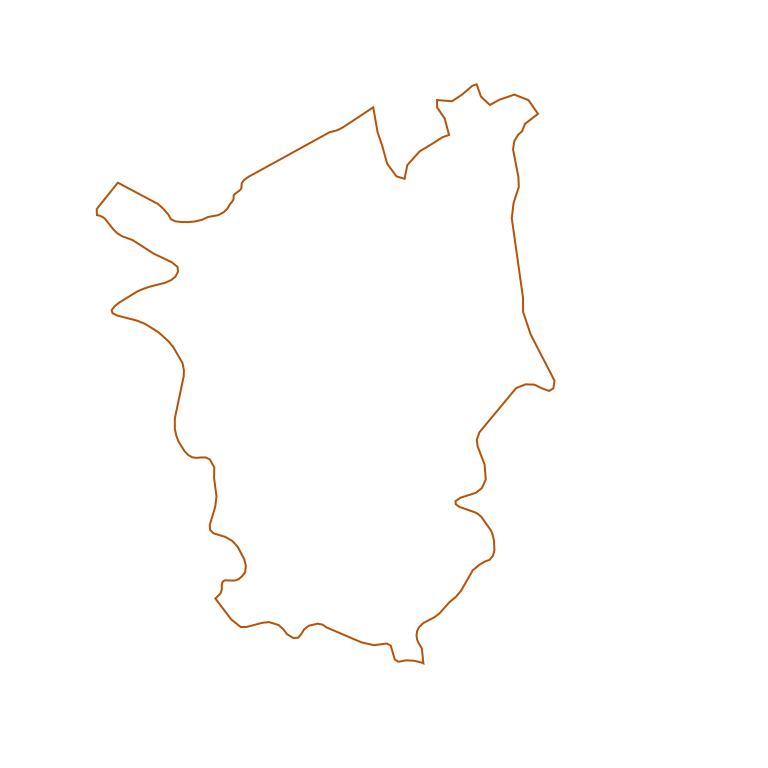 Maseru, Mercator projection, rotated 251°
{"feature_id": "LSO-1203", "entity_name": "Maseru", "entity_type": "District", "adm_level": 1, "iso_a3": "LSO", "parent_name": "Lesotho", "parent_adm1": "", "projection": "mercator", "projection_center": [27.777, -29.596], "detail": "fine", "context": "isolated", "style": "outline", "palette": "amber", "viewbox_px": 768, "rotation_deg": 251, "n_neighbors": 0, "source": "natural_earth", "source_scale": "10m", "svg_char_len": 2602}
<svg xmlns="http://www.w3.org/2000/svg" viewBox="0 0 768 768"><g transform="rotate(251 384 384)"><path d="M134.4,305.2L137.7,302.2L140.3,289.5L147.1,278.5L172.5,250.5L176.6,247.4L179.0,243.2L179.9,234.3L178.1,228.7L174.5,224.4L172.0,220.3L173.5,215.4L179.0,210.9L184.7,209.0L190.4,205.9L196.3,197.8L197.8,191.4L199.0,175.1L200.9,169.4L211.1,162.9L236.1,154.7L236.5,155.8L239.3,161.2L241.0,162.7L243.4,164.1L246.4,165.0L248.8,166.4L249.9,167.9L250.1,169.9L247.1,177.7L246.7,179.9L246.8,183.1L248.5,187.3L251.2,191.4L256.9,194.2L263.9,194.8L277.6,192.7L285.1,189.4L291.2,184.0L298.3,174.2L302.6,172.1L307.4,173.3L322.8,184.4L332.2,189.0L350.4,192.7L360.4,196.4L369.5,194.7L372.6,191.4L374.2,186.8L375.2,182.5L377.3,178.6L380.6,175.8L385.2,173.6L396.4,171.0L402.7,170.8L409.6,171.6L419.5,175.0L456.6,197.2L462.2,199.3L469.5,200.3L487.7,196.7L494.4,194.2L506.0,187.8L518.7,177.6L524.1,171.4L535.5,154.2L539.3,150.4L542.5,150.5L545.3,154.8L547.3,160.6L551.8,180.6L552.3,187.2L552.3,194.4L551.0,209.9L551.5,216.4L553.4,221.6L557.2,225.8L561.9,226.9L568.1,223.1L582.2,208.7L602.0,193.1L609.1,184.3L613.2,181.0L617.9,178.6L631.2,173.9L633.5,172.3L635.6,170.1L637.1,167.6L640.4,168.5L643.0,169.4L661.0,197.9L627.7,229.0L621.7,232.3L613.9,235.4L609.2,236.1L605.7,239.8L602.9,245.7L600.6,252.4L599.2,258.4L598.5,265.0L599.2,272.0L597.6,282.4L598.7,288.4L600.7,292.9L604.2,297.0L606.0,300.0L607.6,301.8L611.5,303.4L612.8,306.4L613.8,310.0L615.2,312.7L620.2,314.9L622.4,317.9L624.0,323.3L639.8,414.6L639.1,421.9L639.9,428.1L649.1,463.9L624.2,459.9L610.3,459.9L591.3,458.7L576.3,463.4L571.3,470.3L583.3,477.2L592.3,493.3L595.3,507.1L598.3,519.7L598.3,526.6L615.2,527.8L628.2,524.3L635.2,526.6L629.2,540.4L632.2,552.0L637.2,564.6L637.2,569.2L624.2,569.2L613.3,575.0L615.2,585.4L615.2,601.5L605.3,613.0L589.3,617.6L584.1,602.0L578.0,596.8L576.0,592.0L571.4,586.4L563.8,582.4L536.1,578.5L526.4,575.6L512.9,565.4L499.2,558.8L420.2,543.5L407.0,539.0L382.9,538.8L331.6,546.3L324.7,542.7L323.7,537.8L328.5,531.9L334.5,525.9L337.6,517.6L337.1,507.6L307.3,458.5L301.0,453.6L294.6,452.2L275.2,452.9L260.7,449.2L253.8,442.8L251.2,435.4L251.6,419.3L250.0,413.5L247.0,412.7L243.4,415.1L232.8,428.5L230.2,430.8L226.7,432.8L210.5,437.5L204.6,437.6L199.8,436.9L190.6,434.2L186.2,431.1L183.4,426.7L183.3,421.6L182.0,415.3L179.0,407.3L163.4,389.5L159.0,382.1L156.6,375.2L149.0,361.7L147.1,355.8L145.2,343.5L142.5,337.7L139.4,334.7L135.6,332.9L131.5,332.1L128.3,332.3L121.6,333.7L108.5,330.6L107.0,330.3L108.4,328.8L112.4,322.6L115.5,315.1L116.7,307.1L120.0,304.5L134.4,305.2Z" fill="none" stroke="#b45309" stroke-width="2"/></g></svg>